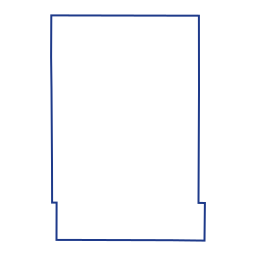 Dunn, Wisconsin, United States of America, rotated 180°
{"feature_id": "52423323B57646152356448", "entity_name": "Dunn", "entity_type": "district", "adm_level": 2, "iso_a3": "USA", "parent_name": "United States of America", "parent_adm1": "Wisconsin", "projection": "orthographic", "projection_center": [-91.869, 44.947], "detail": "fine", "context": "isolated", "style": "outline", "palette": "blue", "viewbox_px": 256, "rotation_deg": 180, "n_neighbors": 0, "source": "geoboundaries", "source_scale": "gbopen_adm2", "svg_char_len": 330}
<svg xmlns="http://www.w3.org/2000/svg" viewBox="0 0 256 256"><g transform="rotate(180 128 128)"><path d="M204.5,166.8L204.0,92.4L203.9,53.4L199.4,53.4L199.5,16.1L88.5,15.8L85.8,15.8L51.5,15.4L51.1,53.0L57.5,53.1L57.0,166.0L57.1,240.3L204.7,240.6L204.9,199.2L204.5,166.8Z" fill="none" stroke="#1e3a8a" stroke-width="2"/></g></svg>